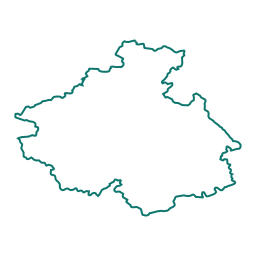 the Republic of Gorno-Altay
{"feature_id": "RUS-2400", "entity_name": "Gorno-Altay", "entity_type": "Republic", "adm_level": 1, "iso_a3": "RUS", "parent_name": "Russia", "parent_adm1": "", "projection": "equal_earth", "projection_center": [87.215, 50.869], "detail": "fine", "context": "isolated", "style": "outline", "palette": "teal", "viewbox_px": 256, "rotation_deg": 0, "n_neighbors": 0, "source": "natural_earth", "source_scale": "10m", "svg_char_len": 5759}
<svg xmlns="http://www.w3.org/2000/svg" viewBox="0 0 256 256"><path d="M161.8,210.8L157.9,211.2L150.5,213.1L149.7,213.1L149.0,214.2L148.5,214.7L147.1,215.4L145.6,215.5L142.6,214.8L142.0,213.4L141.2,209.9L140.6,208.9L137.4,207.2L136.3,207.0L133.0,207.3L132.0,207.2L131.0,206.7L130.7,206.2L130.5,205.1L126.6,202.2L126.3,201.6L126.8,200.7L127.3,200.1L127.4,199.7L123.4,197.5L122.8,196.7L122.8,195.6L123.2,193.8L119.7,191.7L118.8,191.5L116.2,191.9L115.2,191.4L114.5,190.6L114.2,189.9L114.4,189.2L115.0,188.3L116.4,186.6L117.2,186.1L119.8,185.7L121.4,184.6L120.0,183.2L119.9,182.6L120.7,181.0L120.7,180.4L120.3,180.2L117.8,180.5L116.2,179.7L115.0,179.6L114.4,180.3L114.0,181.4L113.2,182.2L112.4,182.2L111.4,183.0L109.6,183.9L110.0,185.0L109.7,185.8L109.0,186.0L106.5,188.0L104.0,188.8L101.8,190.1L99.5,194.4L98.1,196.0L96.5,194.6L95.5,193.2L93.9,192.9L92.3,193.5L90.4,195.1L89.8,195.3L89.1,195.1L88.5,194.6L88.9,191.3L86.6,191.1L83.8,192.4L83.2,192.2L82.1,190.9L81.4,190.6L80.6,190.6L78.5,191.2L77.9,191.0L77.3,190.4L76.8,189.0L76.3,188.4L75.6,188.3L73.0,189.8L70.9,190.1L69.9,189.8L68.2,188.8L67.3,188.5L65.7,188.9L64.2,189.8L62.6,190.2L61.1,189.5L60.0,188.0L59.7,184.1L58.9,182.7L56.4,180.3L55.7,179.4L55.3,176.9L54.8,175.8L53.9,175.2L51.7,174.8L50.9,174.1L50.7,172.8L51.0,170.0L53.1,169.6L53.7,169.3L53.8,168.5L51.8,165.8L49.3,164.9L48.4,164.8L46.5,165.6L46.0,165.3L45.1,163.4L44.7,163.0L44.0,162.7L42.0,162.8L40.8,162.1L39.0,160.4L36.2,160.4L34.9,160.1L33.7,159.5L32.6,158.4L31.3,157.5L28.5,159.1L27.0,159.0L26.0,157.6L23.9,156.8L23.6,155.9L23.6,152.6L22.8,151.0L21.8,149.5L21.3,148.0L22.1,145.3L22.1,144.4L21.7,143.6L20.4,142.4L19.8,140.1L18.6,138.7L18.1,138.4L18.8,138.0L21.7,137.1L28.6,136.6L32.3,135.1L34.0,135.7L35.6,135.7L36.3,134.7L36.4,132.5L36.6,131.9L38.0,130.1L38.2,129.2L38.2,128.3L37.9,127.5L37.6,127.1L35.3,126.6L35.2,126.1L35.5,124.6L35.4,123.7L35.0,123.1L34.4,122.6L33.1,121.9L28.6,121.1L26.7,120.0L24.7,120.5L15.8,117.5L15.4,117.1L15.4,114.5L15.7,113.9L17.8,113.7L18.7,114.0L19.9,115.0L20.7,114.8L21.8,113.6L26.0,106.9L28.4,106.5L29.8,107.6L30.4,107.7L34.0,106.6L34.6,106.1L34.8,105.3L40.6,103.1L42.8,101.2L45.4,100.9L48.5,100.0L50.8,100.1L51.3,99.8L53.3,97.4L54.0,96.9L56.9,96.5L59.6,96.6L60.8,97.0L61.7,97.8L62.6,97.9L64.9,96.4L65.2,96.0L65.4,95.0L64.7,93.9L65.1,93.2L65.8,93.0L70.1,93.5L71.8,93.1L72.7,91.7L72.2,90.5L72.3,90.1L73.5,89.0L74.4,86.7L76.9,86.2L78.3,85.3L79.5,84.2L80.1,84.2L81.1,85.0L82.4,85.3L82.1,84.7L82.2,83.0L83.0,81.7L82.7,81.0L83.8,80.1L84.1,79.7L82.2,79.0L82.9,78.4L84.8,77.8L87.4,76.2L85.8,73.7L86.0,73.2L86.6,72.3L88.7,70.6L89.1,69.8L89.2,68.9L89.9,68.7L97.9,69.0L98.4,69.1L98.7,70.1L99.0,70.5L100.6,71.3L102.3,71.7L106.2,71.8L108.4,71.5L109.4,70.8L109.9,69.1L110.8,68.2L110.7,67.2L111.2,66.7L112.9,66.6L116.6,67.1L119.2,66.9L120.9,67.1L121.6,66.9L123.2,65.4L123.5,64.7L123.5,63.0L122.3,61.9L121.9,61.2L122.0,60.6L123.0,59.3L123.1,58.6L118.0,55.8L116.4,55.2L115.7,54.6L115.7,53.9L119.3,47.8L120.1,46.9L121.7,46.4L122.4,45.8L122.5,45.2L122.3,44.1L122.5,43.1L123.8,41.7L124.6,41.3L126.2,41.9L128.4,42.0L134.7,40.5L136.8,43.1L136.5,43.9L136.9,44.3L138.3,44.5L142.9,43.8L143.5,43.9L143.8,44.4L144.3,46.6L144.3,47.6L144.6,48.0L152.2,49.0L152.9,49.4L153.8,50.5L154.3,50.8L155.7,50.6L158.1,48.9L161.6,48.1L163.1,46.4L165.2,46.2L167.6,47.6L168.7,47.8L170.3,48.6L172.4,49.9L173.9,51.4L176.1,52.5L177.5,52.2L180.1,51.0L184.1,50.6L184.3,50.8L184.4,51.5L183.7,54.0L184.2,54.8L184.3,55.3L182.0,57.5L182.3,62.9L182.1,64.3L181.4,65.9L180.8,66.4L177.7,66.8L177.3,67.3L177.3,67.8L178.3,69.0L176.6,69.7L175.6,69.5L173.3,67.7L172.8,67.6L171.9,68.2L171.0,69.0L170.5,69.8L170.2,70.4L170.4,71.3L169.6,72.7L168.1,73.5L167.6,74.0L167.2,76.1L164.7,79.2L162.2,81.4L162.0,82.5L162.6,83.3L164.9,82.4L166.2,82.9L167.7,84.1L171.6,83.0L172.0,83.2L172.4,83.8L172.1,85.3L171.6,86.1L168.3,88.6L167.8,89.2L167.7,90.7L167.3,91.5L163.1,94.0L165.5,97.4L165.8,97.6L166.9,97.1L167.5,97.0L172.0,99.3L172.4,99.7L172.7,100.9L173.0,101.5L175.0,102.8L178.4,103.1L182.3,105.1L187.9,105.3L189.6,104.3L191.2,101.8L193.8,100.1L193.9,97.3L193.3,95.3L193.6,94.7L196.5,93.5L199.9,95.6L201.3,97.6L204.9,99.4L205.4,99.9L205.6,100.9L204.6,103.7L204.9,106.4L204.6,109.3L205.3,110.1L207.7,111.4L208.3,112.2L208.7,113.8L208.4,115.3L208.4,116.3L209.1,117.9L210.1,118.7L213.1,120.6L214.5,122.2L218.8,125.4L219.7,126.5L222.0,127.8L222.6,129.2L224.6,130.4L226.2,132.7L228.6,135.3L229.9,137.2L232.4,139.5L232.8,141.0L236.3,141.4L238.3,142.3L239.0,142.9L240.3,144.4L240.6,145.1L240.6,146.2L240.1,147.9L239.4,148.6L236.7,149.0L231.1,150.6L230.7,150.2L231.0,149.2L230.6,148.5L228.0,146.7L227.0,146.5L226.6,147.1L226.3,149.3L226.5,149.9L227.3,151.1L227.2,151.4L225.4,152.5L223.8,152.8L222.5,153.5L222.2,154.4L222.3,155.3L222.1,155.8L221.1,156.2L220.8,156.5L220.9,158.0L220.3,159.0L220.7,159.5L222.8,160.4L223.3,160.3L224.3,159.2L226.9,159.5L227.3,160.3L227.3,162.5L227.5,163.4L228.3,164.1L230.2,164.6L230.2,165.2L228.8,167.0L228.7,167.6L229.4,168.6L230.5,169.2L230.8,169.6L230.9,171.0L230.2,172.2L230.1,172.8L230.6,173.5L232.0,174.1L231.6,174.3L231.5,174.8L231.4,177.3L232.5,178.5L232.4,179.0L231.9,179.5L231.8,180.0L232.3,180.6L234.8,181.7L235.2,182.6L234.8,183.3L234.1,183.9L231.5,185.0L227.8,186.1L226.1,187.1L224.8,187.1L223.1,189.3L222.1,190.2L220.9,190.2L219.7,189.6L217.4,187.8L216.0,187.6L214.9,188.2L214.6,189.3L215.5,190.7L216.1,192.0L215.3,193.2L214.0,194.1L208.3,196.2L206.8,196.4L206.3,196.1L204.1,192.4L203.4,192.2L202.6,192.3L202.2,192.9L202.1,195.5L202.9,197.1L202.7,197.4L195.9,196.9L194.1,195.0L193.5,194.7L192.8,194.6L189.8,195.9L187.4,196.0L183.6,195.4L176.7,196.5L175.7,197.0L175.2,197.7L174.6,199.3L173.4,201.3L174.7,204.3L174.5,205.6L173.2,206.8L170.1,208.3L168.0,210.3L167.3,210.7L163.3,211.2L161.8,210.8Z" fill="none" stroke="#0f766e" stroke-width="2"/></svg>